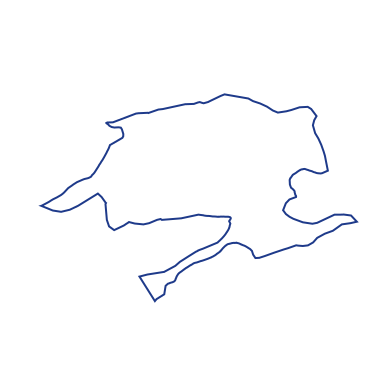 Dhulaymat Habur, Amran, Yemen (Equal Earth projection), rotated 72°
{"feature_id": "15242507B9657421257860", "entity_name": "Dhulaymat Habur", "entity_type": "district", "adm_level": 2, "iso_a3": "YEM", "parent_name": "Yemen", "parent_adm1": "Amran", "projection": "equal_earth", "projection_center": [43.768, 16.038], "detail": "fine", "context": "isolated", "style": "outline", "palette": "blue", "viewbox_px": 384, "rotation_deg": 72, "n_neighbors": 0, "source": "geoboundaries", "source_scale": "gbopen_adm2", "svg_char_len": 5970}
<svg xmlns="http://www.w3.org/2000/svg" viewBox="0 0 384 384"><g transform="rotate(72 192 192)"><path d="M158.6,339.6L166.6,330.1L170.4,322.6L171.1,313.7L169.9,304.6L164.4,282.0L168.9,279.5L175.6,277.4L175.9,277.2L176.7,278.0L192.2,281.6L199.1,281.5L204.2,277.8L202.8,267.2L202.5,266.1L202.2,265.1L201.9,264.1L201.6,262.7L201.4,262.3L201.3,261.7L201.1,261.2L204.3,256.2L207.8,248.2L208.4,242.4L207.7,233.8L208.0,230.2L209.2,229.3L213.7,210.4L215.5,193.1L215.7,192.5L215.9,192.1L216.3,191.3L217.2,189.4L217.6,188.5L218.1,187.8L218.6,186.8L219.0,186.0L219.4,185.0L219.8,183.9L220.1,183.1L220.5,182.2L220.7,181.8L221.6,180.0L221.8,179.5L222.0,178.8L222.6,177.3L222.8,176.8L223.5,175.3L223.6,174.6L223.9,174.2L224.1,173.0L224.2,172.5L224.4,172.1L224.5,171.5L224.8,170.8L225.0,170.1L225.2,169.4L225.6,168.5L225.8,168.0L226.0,167.4L226.2,166.7L226.5,166.0L226.6,165.4L227.4,164.0L227.8,163.5L228.4,163.2L228.7,163.3L229.1,163.3L229.4,163.6L229.7,163.8L230.0,164.1L230.9,165.4L231.3,165.7L232.0,165.6L232.4,165.5L233.1,165.4L233.9,165.3L235.2,166.2L235.5,166.4L235.8,166.6L236.3,166.9L236.7,167.0L237.3,167.5L237.7,167.9L238.0,168.0L239.1,169.1L239.4,169.4L239.8,169.8L240.4,170.7L240.8,171.0L241.2,171.7L241.6,172.1L242.7,173.5L244.2,175.8L244.4,176.2L245.4,177.9L246.1,179.4L246.5,180.1L247.1,181.5L247.4,182.1L247.7,182.8L248.0,183.3L249.3,199.1L249.4,202.4L249.5,203.8L249.5,204.3L249.8,204.8L250.0,206.7L252.1,215.1L254.7,225.1L257.1,230.7L259.3,242.8L259.4,243.0L256.7,259.9L256.2,268.1L284.3,261.0L282.9,258.8L280.7,250.0L273.1,246.1L271.8,243.3L271.8,241.5L271.7,241.3L271.7,240.9L271.7,240.6L271.7,240.3L271.7,240.0L271.7,239.4L271.8,239.0L271.7,237.5L271.6,237.2L271.6,236.8L271.3,236.1L270.8,235.3L270.2,234.8L269.7,234.5L269.6,234.3L269.1,234.0L268.8,233.6L268.5,233.4L268.3,233.3L267.9,232.9L267.7,232.8L267.6,232.6L267.3,232.4L266.0,230.8L265.8,230.5L265.6,230.3L265.5,230.0L265.2,229.6L265.2,229.4L265.0,228.9L264.9,228.6L264.7,228.2L264.5,227.5L264.4,227.0L264.3,226.6L264.0,225.9L263.9,225.5L263.8,225.3L263.6,224.8L263.5,224.3L263.3,223.9L263.2,223.4L263.0,223.1L262.9,222.7L262.8,222.0L262.6,221.8L262.5,221.4L262.4,221.1L262.4,220.7L262.2,220.2L262.2,219.7L262.0,219.4L262.0,219.2L261.9,219.0L261.9,218.7L261.7,218.0L261.6,217.7L261.4,217.3L261.3,216.5L261.2,216.3L261.2,215.7L261.0,215.4L261.0,215.0L260.9,214.5L260.8,214.0L260.4,212.8L260.4,212.5L260.3,212.2L260.3,210.9L260.4,210.1L260.5,209.2L260.4,204.9L260.4,204.5L260.5,204.3L260.5,202.4L260.5,202.0L260.4,198.3L260.4,198.0L260.4,197.4L260.3,197.2L260.3,196.2L260.2,195.6L260.2,194.2L260.0,193.9L260.0,193.3L259.9,192.9L259.8,191.8L259.6,191.1L259.4,190.0L259.3,189.6L259.1,189.1L259.0,188.6L258.8,188.1L258.7,187.8L258.5,187.6L258.5,187.4L258.4,187.2L258.3,186.5L258.0,185.8L257.9,185.6L257.9,185.4L257.8,184.9L257.6,184.5L257.5,184.1L257.4,184.0L257.2,183.8L257.2,183.4L257.0,183.2L256.9,182.9L256.6,182.6L256.5,182.2L256.1,181.8L255.9,181.3L255.7,181.1L255.4,180.6L255.2,180.3L254.9,179.8L254.7,179.3L254.3,178.6L254.2,178.4L254.1,178.1L253.8,177.7L253.5,176.7L253.3,176.5L253.2,175.8L253.0,175.3L252.8,174.8L252.7,174.3L252.7,173.2L252.8,172.9L252.8,172.1L252.9,171.5L252.9,171.0L252.9,170.4L252.9,170.1L253.0,169.9L253.0,169.4L253.1,169.1L253.1,168.9L253.2,168.5L253.2,168.3L253.4,167.6L253.5,167.3L253.7,167.1L253.8,166.2L254.0,165.9L254.0,165.5L254.0,165.2L254.4,164.9L254.6,164.5L255.0,163.8L255.4,163.2L256.0,162.6L256.3,162.2L256.6,161.9L257.0,161.5L257.2,161.4L257.3,161.1L257.5,161.0L257.9,160.4L258.5,159.8L258.9,159.2L259.3,158.7L260.5,157.5L261.0,157.1L262.1,156.1L262.5,155.9L262.7,155.6L262.9,155.5L263.0,155.4L263.5,155.0L263.9,154.6L264.5,154.2L265.3,153.8L265.6,153.7L266.5,153.2L270.5,153.2L274.4,152.1L275.4,148.4L275.4,142.5L275.1,132.6L275.0,122.6L275.1,118.0L274.9,109.4L275.8,107.6L277.6,103.3L278.6,98.2L277.4,92.4L274.3,87.1L272.7,78.5L272.4,70.0L269.1,59.5L270.6,51.0L271.2,44.4L263.5,48.0L260.2,54.9L260.2,55.3L257.6,63.5L260.0,82.5L259.4,87.3L255.1,95.9L248.8,103.9L245.7,106.9L242.0,109.5L237.5,111.0L231.7,106.2L229.2,101.6L228.9,94.6L228.2,94.3L227.6,94.3L227.2,94.4L226.8,94.6L225.9,94.6L225.6,94.5L225.3,94.5L225.0,94.5L224.1,94.5L223.8,94.4L223.6,94.3L222.6,94.3L222.3,94.3L222.2,94.4L222.0,94.5L221.6,94.7L221.1,94.9L220.1,95.4L219.1,96.1L218.5,96.5L215.2,96.6L210.7,95.4L209.3,94.3L209.3,94.1L206.8,90.8L206.8,90.6L206.7,90.2L206.5,89.8L206.5,89.4L206.3,88.6L206.1,87.9L205.9,87.1L205.8,86.8L205.7,86.4L205.3,85.6L205.3,85.4L205.1,84.9L205.1,84.5L204.9,84.0L204.8,83.7L204.7,83.3L204.7,83.1L204.6,82.7L204.6,82.4L204.4,82.2L204.4,80.2L204.6,79.9L204.6,78.9L204.7,78.5L204.8,77.9L205.4,76.9L205.6,76.7L206.0,76.2L206.7,75.2L206.8,75.0L207.8,73.8L208.3,73.1L208.7,72.4L209.5,71.3L210.0,70.8L210.2,70.6L210.8,69.9L211.2,69.3L211.4,68.9L212.1,68.1L212.7,67.2L213.0,66.6L213.1,66.3L213.4,65.7L213.5,65.4L214.1,64.0L214.2,63.3L214.3,62.8L214.3,62.3L213.7,56.2L205.2,55.2L198.7,54.4L194.1,54.3L187.0,54.5L180.1,55.3L174.1,56.7L165.9,56.4L161.5,53.6L158.3,50.1L149.9,53.0L146.8,55.6L144.7,63.5L144.7,72.3L144.4,77.3L143.0,85.8L139.5,89.9L134.0,94.3L128.9,99.8L124.4,105.9L120.5,109.5L109.2,130.9L109.5,135.1L111.2,147.8L111.4,148.8L111.2,153.5L110.4,154.8L108.9,156.8L108.7,158.6L108.8,163.0L106.4,171.4L104.1,194.1L103.2,198.5L103.4,209.2L103.0,209.6L100.6,218.4L100.1,221.0L101.3,245.7L99.7,251.1L99.9,252.2L100.0,252.2L102.1,250.7L103.5,250.1L105.4,248.3L106.7,245.9L107.8,241.8L108.8,239.8L110.8,239.3L115.6,239.4L117.8,240.2L119.0,241.5L119.5,243.8L122.0,255.5L123.4,256.6L124.6,257.6L125.9,258.8L127.0,260.0L128.3,261.2L131.8,264.9L134.1,267.5L135.3,269.1L136.5,270.4L137.5,271.8L138.6,272.9L142.3,277.4L143.5,278.9L144.4,280.4L145.1,281.9L146.2,283.2L146.6,285.1L146.7,286.8L146.4,290.3L146.5,292.2L146.7,294.2L147.1,298.4L147.6,300.3L148.1,302.3L148.8,304.4L150.0,308.5L152.9,313.7L153.7,315.5L154.4,317.5L155.4,322.2L156.0,326.4L156.5,328.6L157.1,330.8L157.5,332.8L158.3,337.4L158.6,339.3L158.6,339.6Z" fill="none" stroke="#1e3a8a" stroke-width="2"/></g></svg>